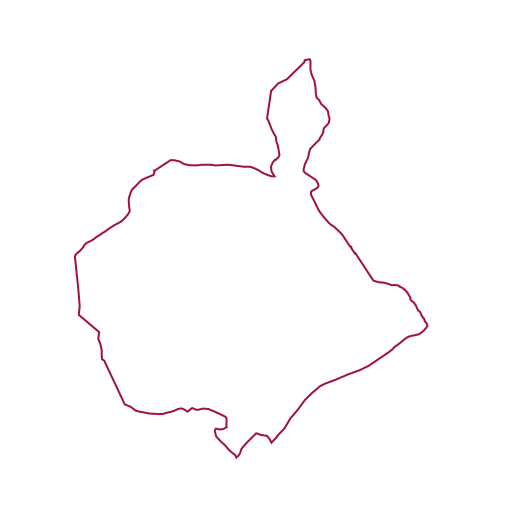 the district of Corinth, Gros Islet, Saint Lucia, rotated 278°
{"feature_id": "8701671B63390184751595", "entity_name": "Corinth", "entity_type": "district", "adm_level": 2, "iso_a3": "LCA", "parent_name": "Saint Lucia", "parent_adm1": "Gros Islet", "projection": "natural_earth1", "projection_center": [-60.96, 14.047], "detail": "fine", "context": "isolated", "style": "outline", "palette": "rose", "viewbox_px": 512, "rotation_deg": 278, "n_neighbors": 0, "source": "geoboundaries", "source_scale": "gbopen_adm2", "svg_char_len": 5993}
<svg xmlns="http://www.w3.org/2000/svg" viewBox="0 0 512 512"><g transform="rotate(278 256 256)"><path d="M173.1,88.7L158.8,111.3L152.0,111.3L147.3,114.0L146.0,114.6L142.5,115.9L141.0,116.3L139.1,116.6L137.7,116.8L135.6,117.2L132.3,117.9L131.3,120.2L90.8,146.7L90.4,148.3L90.2,148.9L89.5,152.0L89.1,153.1L88.5,154.1L86.9,157.1L86.1,158.4L85.7,162.0L85.6,164.7L85.6,165.3L85.2,171.2L85.3,173.9L85.8,179.5L85.7,180.2L85.7,180.7L86.0,182.2L86.2,183.0L86.5,185.5L87.4,187.4L88.3,189.3L90.0,193.9L90.5,194.7L90.8,195.6L91.5,196.8L91.7,197.1L93.6,200.0L93.7,200.4L94.0,201.0L94.4,202.3L94.7,203.9L94.6,204.5L94.2,205.6L94.0,206.2L93.4,207.8L92.4,209.5L92.4,210.0L92.6,210.3L92.9,210.7L93.3,210.9L94.6,211.9L94.8,212.1L95.7,213.1L96.2,213.5L96.5,214.0L96.5,214.6L95.8,216.5L95.7,217.2L95.4,218.1L95.5,219.1L95.7,219.8L95.8,220.5L97.5,224.6L97.9,230.1L97.1,232.9L96.7,234.6L95.8,238.0L95.0,240.4L93.1,246.6L92.8,247.3L92.5,247.9L92.1,248.5L91.6,249.1L90.7,249.4L89.5,249.7L87.3,249.9L83.9,250.3L83.1,250.5L82.5,250.8L82.0,250.1L81.5,249.3L81.1,248.8L80.4,248.1L79.9,247.2L79.7,246.4L79.4,245.2L79.3,244.4L79.2,243.2L79.3,242.3L79.5,241.1L79.5,240.4L78.9,240.0L77.8,239.6L76.6,239.6L75.6,240.0L74.5,240.6L73.7,241.0L73.0,241.1L72.1,241.5L71.2,242.4L70.5,243.2L69.0,245.0L67.5,246.9L66.7,248.0L66.0,249.0L65.3,250.2L64.9,250.7L64.5,251.3L64.1,251.9L63.2,252.9L62.6,253.5L62.0,254.1L61.3,255.0L60.2,256.3L59.3,257.6L57.0,261.2L56.4,262.3L56.3,262.9L53.7,264.6L54.5,265.2L55.2,266.0L57.1,267.0L58.9,267.8L60.9,268.1L62.2,268.2L63.7,268.9L65.0,269.6L67.0,271.0L68.9,272.2L71.4,274.0L74.2,276.2L75.9,277.4L78.1,279.1L80.5,280.9L79.5,285.5L79.4,291.9L76.9,294.7L73.3,297.3L74.1,297.8L77.5,300.3L82.3,303.2L89.3,308.2L99.8,312.6L109.1,318.5L120.2,324.5L128.0,330.4L131.2,333.3L133.7,335.6L136.0,337.5L139.2,342.2L144.7,352.3L151.6,363.7L157.3,374.5L163.0,382.9L179.9,401.6L181.0,402.5L181.8,403.3L182.8,404.3L184.9,405.5L186.5,407.3L188.2,409.0L189.0,409.9L189.9,410.7L192.2,412.8L193.4,413.8L195.2,415.7L195.9,416.4L196.4,417.0L196.9,417.7L197.4,418.4L198.0,420.0L198.5,420.9L199.3,423.2L199.7,424.7L200.1,425.5L200.8,427.2L201.0,428.0L202.0,429.0L202.7,429.9L203.6,430.9L205.4,432.4L206.3,433.1L207.3,433.7L208.2,434.3L209.4,435.0L210.2,435.4L210.9,435.3L211.6,435.1L212.2,434.8L213.5,433.9L214.0,433.0L215.2,432.1L216.0,431.7L217.2,431.3L217.5,430.9L218.0,430.2L218.9,429.4L219.7,428.6L221.7,427.4L222.7,426.8L223.4,426.2L224.4,424.6L224.8,423.9L226.2,423.2L226.8,422.6L228.2,421.9L230.2,420.4L230.6,419.8L231.7,419.2L233.0,416.8L233.3,416.1L233.7,415.7L234.5,415.1L236.9,414.2L237.7,413.5L238.7,412.6L239.5,412.1L240.6,411.2L241.5,410.3L242.3,409.4L244.0,406.8L244.9,405.0L245.2,404.4L245.3,403.1L246.2,402.0L246.4,401.3L246.6,400.3L246.7,399.6L246.7,398.8L246.7,397.8L246.4,396.7L246.1,395.5L246.0,394.3L246.3,393.0L246.6,391.9L246.8,391.0L247.3,387.6L247.4,385.1L247.2,383.9L247.1,382.1L247.2,380.8L247.3,379.5L247.5,378.5L247.6,377.5L247.9,376.5L248.0,375.6L272.5,354.1L272.2,353.7L276.3,350.0L277.8,349.1L278.2,349.0L277.9,348.5L279.2,347.3L279.8,346.8L280.3,346.4L280.8,345.7L281.6,344.9L282.5,344.3L283.4,343.5L283.9,343.1L284.8,342.1L285.6,341.5L286.6,340.8L287.7,339.7L289.5,338.0L290.1,337.3L290.7,336.3L291.6,335.3L292.4,334.3L293.8,332.1L294.4,331.3L295.2,330.3L296.1,328.8L297.0,326.5L297.4,325.9L298.8,323.7L303.9,317.8L306.4,315.2L309.5,312.2L313.9,309.1L317.9,306.5L321.3,304.0L324.7,301.8L326.4,301.6L327.5,301.7L329.0,303.2L331.0,306.0L332.3,307.5L333.7,308.1L335.4,307.8L337.4,306.6L339.6,304.8L343.3,297.1L344.9,293.4L346.6,291.4L349.3,291.1L353.8,291.7L356.8,292.6L359.8,293.7L362.0,294.0L366.5,294.2L369.6,294.8L372.0,296.5L375.1,298.8L377.9,300.9L380.1,302.6L382.3,303.1L385.2,304.6L388.1,305.4L390.9,305.2L392.6,305.8L394.9,307.7L396.6,308.7L397.9,309.5L401.1,309.8L402.8,309.5L405.3,308.3L407.5,307.7L409.7,306.9L411.8,304.8L413.8,302.3L415.1,300.0L416.4,298.8L419.2,296.8L420.5,294.8L422.0,293.6L423.9,293.1L425.6,292.5L427.5,292.2L429.1,292.0L430.2,291.6L431.9,291.3L433.8,290.5L436.2,289.9L437.5,289.6L440.5,287.6L443.7,285.7L448.4,283.9L454.8,283.1L456.6,282.8L458.1,282.1L458.3,281.7L456.7,276.9L454.8,277.0L435.2,261.9L429.9,253.7L427.7,252.4L421.6,248.0L393.5,247.8L392.0,249.2L387.2,252.0L383.8,253.8L380.7,256.0L379.7,256.6L376.8,259.1L371.7,260.4L368.6,262.2L359.2,265.2L357.0,264.5L353.9,262.2L354.0,261.4L352.6,260.6L350.8,259.5L348.3,258.9L346.9,258.4L343.8,259.1L342.1,259.5L340.4,260.9L337.5,263.3L337.0,260.2L337.2,259.5L338.0,255.5L339.3,250.9L341.3,246.6L342.4,243.1L342.7,241.6L343.3,239.4L343.5,238.1L343.3,235.4L342.6,231.3L342.7,228.6L342.6,223.8L342.6,217.2L341.9,212.5L340.5,205.7L340.2,204.0L340.0,202.6L340.1,201.0L340.1,199.0L339.8,196.5L339.4,193.4L338.9,190.6L338.4,187.9L337.9,186.4L337.7,185.4L337.6,185.0L337.0,180.7L336.7,178.3L336.7,176.6L336.8,175.5L337.0,172.2L337.5,170.7L338.1,169.4L338.9,167.4L339.2,165.7L339.2,164.6L339.5,161.1L339.2,160.0L339.1,158.2L326.5,143.8L326.4,143.1L325.4,143.7L324.7,143.8L322.1,143.2L321.2,141.7L320.3,140.2L319.6,139.2L319.2,138.3L316.5,133.9L316.0,133.0L314.4,131.4L315.6,132.6L312.8,130.1L311.2,129.0L307.9,126.7L305.2,124.4L304.8,124.2L302.2,123.2L301.9,123.1L301.6,123.1L299.8,122.8L299.1,122.7L298.6,122.6L298.1,122.5L295.6,122.1L294.3,122.1L291.8,122.5L287.6,123.4L286.2,123.8L285.1,124.1L284.5,124.4L283.6,124.6L282.9,124.6L281.6,124.3L280.2,123.8L276.1,121.4L271.6,117.9L269.8,115.6L269.4,115.1L268.9,114.4L268.5,113.8L267.8,112.8L266.9,111.6L266.3,110.8L265.2,109.6L264.8,109.2L264.2,108.5L263.5,107.6L262.9,106.9L262.7,106.7L261.5,105.4L260.5,104.5L259.9,103.7L259.7,103.5L259.1,103.0L258.6,102.4L258.1,101.7L257.9,101.3L257.6,101.0L256.7,100.1L256.0,99.4L255.5,98.8L255.1,98.3L254.4,97.5L254.1,97.2L253.8,96.8L252.8,95.6L251.9,94.7L251.3,94.2L250.7,93.5L248.8,91.6L248.3,90.8L247.6,89.8L247.1,88.9L245.5,86.7L243.7,85.0L242.8,84.4L242.1,84.1L240.8,83.8L237.4,81.5L237.1,81.4L233.3,77.9L230.4,76.6L224.0,78.3L200.4,84.2L181.8,88.4L173.1,88.7Z" fill="none" stroke="#9f1239" stroke-width="2"/></g></svg>